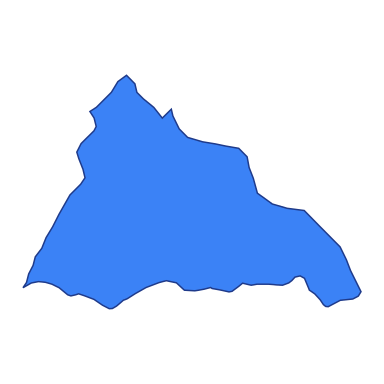 Kimhwa, Kangwŏn-do, North Korea (Robinson projection)
{"feature_id": "82179303B18704732408852", "entity_name": "Kimhwa", "entity_type": "district", "adm_level": 2, "iso_a3": "PRK", "parent_name": "North Korea", "parent_adm1": "Kangwŏn-do", "projection": "robinson", "projection_center": [127.616, 38.445], "detail": "fine", "context": "isolated", "style": "filled", "palette": "blue", "viewbox_px": 384, "rotation_deg": 0, "n_neighbors": 0, "source": "geoboundaries", "source_scale": "gbopen_adm2", "svg_char_len": 1696}
<svg xmlns="http://www.w3.org/2000/svg" viewBox="0 0 384 384"><path d="M171.3,109.2L162.3,118.1L153.8,107.4L143.3,98.8L136.9,92.4L134.9,83.8L126.5,75.3L117.9,81.6L111.4,92.3L102.8,100.9L96.4,107.3L89.9,111.5L94.1,118.0L96.2,126.5L94.0,130.8L85.4,139.3L81.1,143.6L76.8,152.1L78.8,158.6L83.0,169.3L85.0,177.8L80.7,184.2L70.0,194.9L59.1,214.1L52.6,226.9L46.1,237.6L41.8,248.3L35.3,256.8L33.1,265.4L28.7,273.9L26.5,282.5L23.0,287.7L31.3,283.0L38.4,281.6L41.7,281.9L45.4,282.3L48.6,283.2L52.0,284.2L56.8,286.6L59.1,287.7L67.7,294.8L70.9,295.9L75.7,294.8L78.6,293.8L84.3,295.7L85.9,296.3L89.3,297.6L94.0,299.4L102.5,305.2L109.3,308.7L112.4,308.5L116.5,306.1L120.3,302.9L123.4,300.2L124.9,299.7L127.3,298.7L132.8,295.2L135.3,293.6L137.8,292.2L146.1,287.5L159.0,282.6L163.1,281.5L166.4,280.7L171.1,281.7L176.4,282.8L183.4,289.3L184.4,290.2L194.8,290.8L198.1,290.3L204.0,289.2L210.6,287.5L212.1,288.5L219.4,289.8L222.2,290.4L229.0,291.9L231.6,291.4L232.1,291.3L232.6,290.9L238.8,286.3L241.7,283.9L242.6,283.2L249.4,284.8L251.2,285.2L253.7,284.8L257.0,284.2L265.8,284.2L268.6,284.2L273.9,284.6L275.6,284.8L276.7,284.9L282.6,285.2L288.8,282.9L291.8,280.6L295.0,277.1L300.2,275.9L301.4,276.6L304.5,278.3L308.5,287.9L309.4,290.2L310.4,290.8L314.8,293.9L318.4,297.8L320.2,299.8L321.2,301.3L323.4,304.6L325.6,306.4L326.3,306.5L328.2,306.7L331.0,305.2L340.3,300.3L352.8,299.0L358.0,296.3L358.4,296.0L361.0,291.7L350.5,270.5L346.4,259.8L340.1,246.9L329.5,236.2L318.9,225.5L304.2,210.5L287.1,208.3L272.3,204.0L257.4,193.2L253.3,178.3L249.1,167.5L247.1,156.8L238.7,148.3L225.9,146.1L215.3,143.9L202.5,141.8L187.6,137.4L179.2,128.9L172.9,116.0L171.3,109.2Z" fill="#3b82f6" stroke="#1e3a8a" stroke-width="1.5"/></svg>